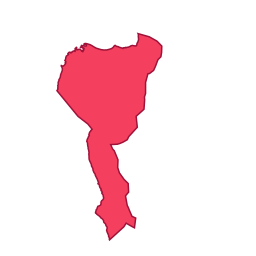 Do'rvoljin, Dzavhan, Mongolia, rotated 66°
{"feature_id": "93677404B7521455207939", "entity_name": "Do'rvoljin", "entity_type": "district", "adm_level": 2, "iso_a3": "MNG", "parent_name": "Mongolia", "parent_adm1": "Dzavhan", "projection": "albers", "projection_center": [94.118, 48.049], "detail": "fine", "context": "isolated", "style": "filled", "palette": "rose", "viewbox_px": 256, "rotation_deg": 66, "n_neighbors": 0, "source": "geoboundaries", "source_scale": "gbopen_adm2", "svg_char_len": 5416}
<svg xmlns="http://www.w3.org/2000/svg" viewBox="0 0 256 256"><g transform="rotate(66 128 128)"><path d="M221.8,162.7L213.4,157.6L210.3,160.3L203.1,160.2L201.6,160.1L200.1,160.1L198.6,160.2L198.0,160.1L189.0,157.9L186.8,153.5L178.8,150.4L173.4,152.5L165.6,154.1L159.9,153.5L153.0,150.1L143.2,149.8L141.0,150.6L136.1,150.6L138.5,144.3L138.8,141.9L138.9,138.4L138.4,133.4L136.2,130.9L131.1,119.2L120.6,115.8L117.4,105.8L109.0,101.3L106.4,100.4L103.6,97.9L93.5,93.4L86.5,87.7L87.0,86.3L85.8,81.2L82.9,77.9L77.8,72.9L76.3,69.0L72.7,66.6L66.9,63.8L60.4,66.2L53.3,71.5L45.9,80.4L46.1,80.4L46.6,80.5L47.3,80.8L48.1,81.0L48.6,81.4L50.0,81.8L50.7,82.1L51.2,82.2L51.5,82.4L51.7,82.6L52.4,83.0L52.7,83.4L53.4,83.9L53.6,84.4L54.1,84.9L54.3,85.3L55.7,86.2L55.9,86.5L56.2,87.1L56.3,87.3L56.2,87.5L55.3,89.2L54.6,90.0L54.3,90.6L54.3,91.0L54.2,91.2L54.2,91.6L54.1,92.0L54.4,92.8L54.2,93.4L54.3,94.0L54.3,94.5L54.3,94.9L54.0,95.6L53.9,96.1L53.9,96.3L54.0,96.7L53.4,97.3L53.5,97.7L53.6,97.9L53.5,98.1L53.4,98.1L53.4,98.5L53.2,98.6L53.0,99.1L52.9,99.3L52.9,99.9L53.3,100.3L53.2,100.4L53.1,100.5L52.7,100.6L52.6,100.8L52.2,101.3L52.0,101.7L51.3,102.3L51.2,102.6L50.9,103.0L50.6,103.2L50.3,103.3L50.0,103.5L49.6,104.0L49.5,104.3L49.1,104.6L49.0,105.0L48.6,105.4L48.0,105.7L47.7,106.0L47.3,106.1L46.9,106.4L47.2,106.3L47.2,106.7L47.2,106.9L47.5,107.2L47.9,108.1L48.3,108.7L48.7,110.5L48.7,110.9L48.7,111.3L48.5,113.0L48.3,114.1L48.1,115.3L48.0,115.9L47.6,116.6L47.0,118.3L46.7,118.7L45.4,120.8L42.1,124.6L41.1,125.3L40.8,125.6L37.6,127.8L36.3,128.9L34.1,131.5L33.6,132.2L33.3,133.0L33.3,133.4L33.3,133.6L33.4,134.0L33.9,133.8L33.9,133.6L33.8,133.2L34.2,132.9L34.5,132.2L35.8,132.5L36.0,132.6L36.1,132.8L35.8,133.7L35.4,134.3L34.4,135.3L34.4,135.5L34.5,135.9L34.6,136.2L33.7,136.7L33.7,136.8L33.7,137.0L34.0,137.2L34.6,137.7L34.7,137.9L34.9,138.6L35.1,138.7L35.3,138.6L35.2,138.2L35.3,137.9L35.6,137.5L35.6,137.3L36.0,136.8L36.2,136.7L36.3,136.8L36.6,136.8L36.7,136.2L36.8,136.1L37.0,136.0L37.1,136.3L37.4,136.3L37.7,136.1L37.8,136.3L38.0,136.6L38.4,136.5L38.5,136.7L38.4,137.1L38.5,137.3L38.7,137.0L38.9,136.9L39.0,137.0L39.5,137.8L39.9,138.1L39.9,138.3L39.7,138.5L39.4,138.6L39.1,139.0L38.7,138.8L38.4,138.9L38.2,139.1L37.9,139.2L36.8,139.8L36.5,140.2L36.3,140.3L36.1,140.8L36.1,141.2L35.9,142.5L35.6,142.7L35.6,142.9L35.6,143.0L35.4,143.1L34.8,142.9L34.0,142.2L33.5,142.2L33.4,142.2L33.3,142.3L33.3,142.6L33.4,142.8L34.2,143.6L34.0,143.8L33.9,144.0L34.0,144.1L34.4,144.1L35.2,144.5L35.5,144.7L35.5,144.8L36.2,145.0L36.4,145.2L36.2,145.4L35.6,145.3L35.6,146.3L35.5,146.8L35.6,147.7L35.8,148.2L35.9,148.3L36.0,148.5L35.8,148.7L35.8,148.9L35.7,149.2L35.7,149.4L36.1,149.3L36.2,149.5L36.0,149.8L35.6,149.8L35.3,150.1L34.9,150.7L34.9,151.2L35.1,151.6L35.3,151.9L35.4,152.5L35.5,152.6L35.8,152.4L36.2,152.2L36.5,152.3L36.8,152.9L36.7,153.3L37.0,153.6L37.0,154.0L37.1,154.4L37.2,155.1L37.7,155.5L38.2,156.1L38.5,156.2L38.8,156.5L39.3,156.7L39.8,157.1L40.8,158.3L41.0,158.2L41.4,157.8L42.0,157.8L42.4,157.9L42.9,158.9L43.0,158.9L43.2,158.6L43.3,158.6L43.4,158.8L43.7,158.9L44.0,159.4L44.4,159.8L44.8,160.9L44.9,161.3L45.0,161.6L45.1,162.1L45.0,162.3L44.7,162.6L44.8,162.8L44.5,163.1L44.3,163.1L43.8,163.5L44.0,163.7L44.5,163.6L44.7,163.8L45.2,163.6L47.0,163.8L47.7,164.1L48.5,164.5L49.2,165.1L50.6,166.5L51.8,167.7L52.4,168.2L53.2,168.6L54.4,169.6L55.1,170.5L55.7,171.4L56.5,171.7L56.7,171.9L56.9,172.3L58.0,173.3L59.5,173.9L60.0,174.1L60.3,174.5L60.8,175.0L61.9,175.2L62.5,175.7L63.0,175.8L63.3,176.1L63.7,176.1L63.9,176.2L64.3,176.7L64.9,177.7L65.1,177.7L97.1,168.9L108.1,163.0L114.6,161.3L114.7,161.5L114.8,162.2L115.2,162.6L115.3,163.1L115.8,163.5L115.9,164.1L116.4,164.9L118.1,166.4L118.6,166.3L118.7,166.5L119.1,166.5L120.0,167.9L120.8,168.5L121.1,169.1L122.1,170.1L123.4,171.1L123.7,171.1L124.3,171.0L125.6,171.2L127.1,171.8L127.9,172.0L128.8,172.2L129.4,172.2L130.3,172.7L131.2,172.8L131.8,173.0L132.4,173.0L134.6,173.6L135.0,173.8L135.3,174.1L136.1,174.4L136.6,174.7L137.1,174.8L138.3,175.2L138.8,175.5L139.1,175.6L139.5,175.8L140.0,175.9L140.6,176.2L142.4,176.4L144.7,176.3L146.1,176.3L146.8,176.4L147.8,176.8L149.8,176.6L150.9,176.6L152.2,177.1L154.9,177.2L156.5,176.8L158.1,177.1L162.3,176.9L164.9,177.1L165.3,176.9L165.8,177.0L166.1,177.2L166.1,177.5L166.3,177.8L166.6,178.1L167.1,178.0L167.3,177.8L167.3,177.5L167.7,177.4L168.6,177.4L169.3,177.7L171.0,177.9L171.8,177.7L172.0,177.4L172.3,177.3L172.9,177.7L173.1,177.7L173.5,177.6L173.8,177.9L174.2,178.1L174.5,178.0L175.1,177.6L176.4,177.8L176.5,177.8L176.5,178.2L176.8,178.4L177.3,178.4L178.4,178.1L179.2,178.0L180.3,178.4L181.0,178.4L182.4,179.0L183.1,179.7L183.2,179.9L183.3,180.2L183.7,181.4L183.9,181.9L184.6,182.7L185.4,183.2L186.0,183.3L187.0,184.1L187.2,184.4L187.3,184.9L187.4,186.3L187.3,187.1L187.3,187.4L188.5,188.7L189.1,189.1L189.4,189.4L189.9,190.5L190.0,190.6L190.4,190.6L190.6,190.8L191.6,191.8L192.2,192.2L192.6,192.2L193.1,191.6L193.8,191.7L194.2,191.4L194.6,191.3L195.6,190.7L197.4,189.7L197.8,189.5L198.3,189.6L199.4,189.2L200.1,188.7L200.7,188.4L201.3,188.2L202.5,188.0L203.1,188.1L203.8,188.4L204.3,188.4L204.8,188.3L206.0,187.7L206.3,187.6L208.5,187.8L210.1,187.4L211.2,187.9L212.4,188.9L212.9,189.2L214.2,189.3L214.6,189.4L215.6,189.4L218.2,189.4L219.3,189.9L219.5,189.9L220.0,189.7L221.0,189.7L221.3,189.9L221.9,190.3L222.4,190.4L222.7,190.4L216.6,172.0L214.2,168.4L219.7,164.4L221.8,162.7Z" fill="#f43f5e" stroke="#9f1239" stroke-width="1.5"/></g></svg>